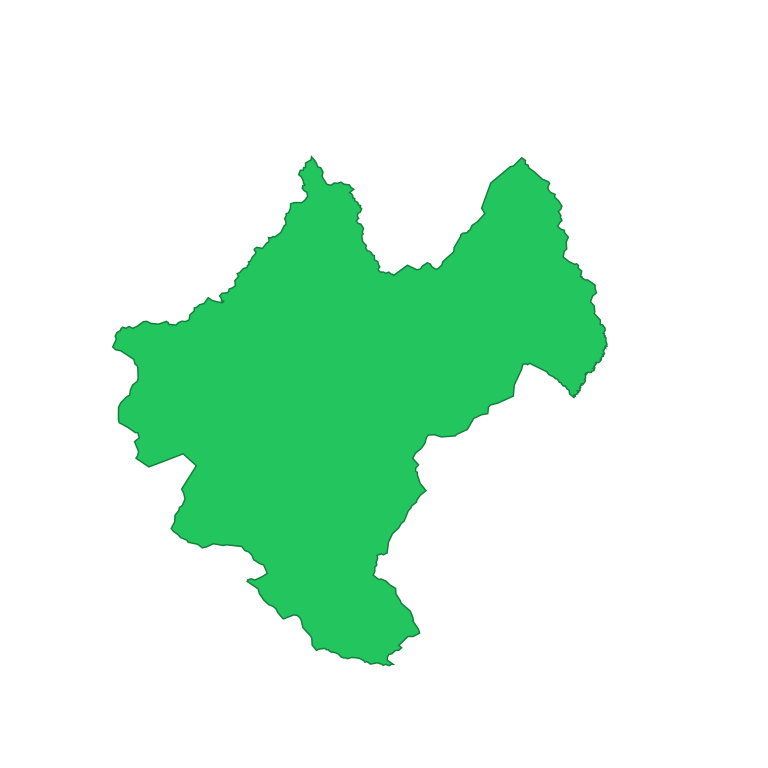 Sunyani West, Brong Ahafo, Ghana, rotated 320°
{"feature_id": "2480657B93462158202754", "entity_name": "Sunyani West", "entity_type": "district", "adm_level": 2, "iso_a3": "GHA", "parent_name": "Ghana", "parent_adm1": "Brong Ahafo", "projection": "orthographic", "projection_center": [-2.305, 7.424], "detail": "fine", "context": "isolated", "style": "filled", "palette": "green", "viewbox_px": 768, "rotation_deg": 320, "n_neighbors": 0, "source": "geoboundaries", "source_scale": "gbopen_adm2", "svg_char_len": 6171}
<svg xmlns="http://www.w3.org/2000/svg" viewBox="0 0 768 768"><g transform="rotate(320 384 384)"><path d="M474.5,163.4L472.2,165.4L465.9,164.3L463.1,167.6L461.5,166.6L459.6,168.3L457.3,166.5L453.2,168.8L453.8,172.2L452.8,176.4L451.3,178.7L451.7,180.2L451.1,180.8L449.3,179.9L447.1,181.6L447.1,184.8L448.1,187.3L446.3,191.1L441.4,192.4L437.6,192.2L432.0,187.4L428.3,185.9L425.2,189.3L420.8,191.6L418.5,190.6L417.4,192.2L414.0,193.6L413.3,196.4L411.5,198.7L409.3,198.6L402.2,201.7L394.7,201.2L393.9,199.7L391.4,199.4L389.7,197.6L388.4,200.1L386.7,201.0L384.6,200.6L378.1,202.0L374.2,197.4L371.6,197.3L370.7,197.9L370.8,200.5L369.2,201.7L364.9,202.1L360.8,203.9L358.5,203.4L357.8,205.6L355.6,205.5L354.0,206.7L350.6,205.2L344.8,205.9L342.5,205.1L341.6,208.2L336.2,208.9L333.4,213.2L329.7,212.9L326.4,211.7L324.4,213.3L322.6,213.4L318.3,210.4L314.6,210.8L314.5,213.8L312.8,216.0L314.4,217.4L313.9,218.0L312.0,217.6L308.1,212.6L305.9,209.1L304.8,204.9L297.9,206.7L293.5,204.7L289.9,204.9L287.6,203.8L285.5,206.1L280.0,206.2L275.9,209.6L272.1,208.6L269.5,205.9L265.9,204.9L262.6,205.2L257.4,199.9L258.2,198.2L257.5,196.1L249.9,193.3L244.5,187.9L242.5,183.5L239.8,181.6L231.9,181.1L227.3,179.8L225.6,176.1L222.2,175.5L220.3,172.5L218.3,172.5L216.4,173.7L212.6,172.9L208.9,174.5L207.9,177.5L200.0,181.2L200.3,185.0L203.7,189.4L208.2,204.3L206.1,208.6L206.7,211.2L206.2,212.9L199.2,221.7L196.6,223.4L190.9,223.2L185.8,225.6L182.0,229.1L178.3,228.4L170.1,229.2L165.7,231.2L157.9,240.3L156.3,243.5L159.8,252.3L162.3,261.5L164.1,263.0L162.0,267.9L155.8,267.8L152.7,277.8L149.5,280.4L146.3,281.5L150.6,296.4L185.3,308.4L187.7,326.0L161.5,334.4L160.2,339.3L157.6,344.3L151.3,347.4L148.0,347.1L145.5,349.0L139.5,350.2L135.1,355.0L128.0,358.0L128.0,362.0L129.4,366.8L129.4,370.7L132.6,376.9L132.3,379.4L138.3,387.1L139.5,392.7L143.3,394.7L150.6,396.7L157.2,404.5L160.0,405.9L170.6,417.1L170.4,422.2L172.5,425.8L172.8,430.3L171.2,434.8L173.3,441.5L175.5,445.3L172.9,454.0L167.2,453.4L158.8,451.1L157.1,447.9L153.7,446.5L152.3,447.2L155.9,460.0L153.8,464.6L153.0,472.3L153.9,479.1L156.1,482.9L156.7,486.8L155.7,491.0L155.7,498.6L156.0,499.3L166.4,502.9L168.7,505.3L169.3,508.4L169.0,511.1L165.3,518.5L165.8,530.4L165.1,532.6L161.1,537.9L161.1,544.7L163.3,545.1L168.8,548.5L169.1,550.6L170.8,551.8L170.5,553.0L171.3,555.6L173.4,557.5L175.4,561.4L175.8,565.9L177.0,567.9L178.8,569.4L179.5,571.0L183.4,572.7L186.4,575.5L188.8,578.4L190.8,583.0L190.6,584.9L192.5,585.7L193.6,589.9L199.6,593.2L202.5,597.7L202.4,598.8L205.2,600.0L207.0,603.2L209.3,603.4L210.8,604.6L209.0,597.6L211.3,595.2L213.7,594.3L216.8,595.7L221.6,595.5L224.1,597.5L227.9,597.4L227.3,593.7L240.0,592.8L244.1,596.2L251.2,597.7L252.8,593.9L253.8,583.8L254.6,584.0L256.0,581.4L258.2,575.0L256.2,562.6L257.1,561.0L258.2,552.5L261.5,548.0L259.3,541.5L258.9,536.6L256.6,531.7L254.2,530.2L252.9,523.5L256.5,521.7L259.1,518.5L262.0,518.1L263.6,515.3L266.9,513.7L268.5,510.8L273.0,512.5L273.7,514.4L277.8,515.4L285.7,508.1L294.3,504.1L302.4,503.8L307.6,501.9L311.3,502.0L321.0,496.8L325.3,496.1L326.3,495.2L332.9,495.4L334.9,493.9L340.5,492.5L347.6,492.7L347.8,483.4L350.9,475.5L352.7,473.1L352.1,471.1L354.2,468.8L358.5,468.1L358.2,459.4L363.8,457.2L371.4,457.3L377.2,455.7L382.3,452.2L385.2,451.6L390.1,455.4L393.9,461.4L405.3,469.6L407.3,469.3L418.7,472.4L430.6,468.0L438.9,470.2L444.4,473.4L449.2,468.9L452.1,468.5L458.9,471.8L475.3,476.4L483.0,468.6L498.7,461.3L503.0,458.2L505.8,459.8L506.4,461.5L508.9,461.8L516.6,479.4L516.3,482.7L518.7,488.1L518.7,490.1L520.1,491.7L519.4,495.3L520.3,496.5L519.9,500.5L521.6,502.2L521.0,505.5L521.8,507.6L519.8,510.9L520.8,516.4L522.2,515.9L521.5,515.4L522.6,514.7L522.9,515.9L523.2,515.3L526.3,515.8L527.4,514.6L527.9,515.3L528.6,514.9L528.2,513.8L530.0,515.0L531.0,513.3L532.2,513.4L532.0,512.2L533.0,511.6L534.5,512.2L534.7,510.7L536.2,511.2L536.3,512.2L539.5,511.4L540.7,510.5L540.3,509.6L542.2,509.1L544.5,505.9L544.7,506.8L546.0,506.6L545.7,505.7L547.7,506.1L550.1,508.4L551.2,507.8L553.5,508.7L555.4,507.3L554.9,506.8L555.9,507.0L555.9,505.5L557.3,505.6L559.9,503.9L559.9,504.7L560.7,504.2L562.0,505.5L564.2,505.5L565.7,505.2L565.8,504.2L566.9,505.0L566.4,504.1L568.5,503.2L569.8,503.7L570.5,502.0L570.9,502.9L572.3,502.5L573.7,499.0L574.8,499.3L577.1,497.8L577.1,498.7L578.1,497.5L579.1,498.3L579.3,497.3L580.3,497.0L581.5,493.8L583.8,491.1L583.4,489.6L584.3,489.4L584.0,488.4L585.2,487.1L584.6,486.0L587.7,485.2L589.2,483.3L589.5,479.3L587.9,477.5L590.8,474.1L590.4,465.1L591.9,464.2L595.3,459.0L595.0,453.8L600.3,450.7L605.3,450.8L607.1,446.5L609.3,443.9L607.0,435.3L605.2,433.8L604.1,430.9L604.5,429.0L603.6,428.2L608.1,424.5L607.1,420.1L609.2,418.2L608.7,415.6L607.1,415.1L604.4,409.4L602.9,401.9L607.6,398.1L610.7,398.1L614.8,392.4L619.6,390.0L619.6,384.1L621.0,382.2L619.0,379.1L618.4,374.8L623.4,373.1L625.3,373.2L626.4,369.6L627.8,368.6L628.4,364.0L631.8,363.7L634.6,362.1L635.5,355.8L634.7,350.6L637.0,348.7L634.7,344.4L634.8,340.6L636.3,338.4L639.9,336.7L640.0,334.8L636.9,328.8L635.5,317.8L633.8,311.6L635.0,309.0L633.6,306.1L636.0,303.7L634.9,299.2L623.3,300.2L620.2,298.7L594.9,298.7L571.8,312.1L570.7,318.3L559.9,319.8L553.4,319.1L548.8,321.3L547.0,320.9L544.8,321.5L541.3,319.1L538.6,319.1L537.7,320.2L525.4,324.6L522.5,327.6L507.6,328.1L504.8,330.1L499.4,330.3L497.5,329.6L496.0,324.8L496.6,322.0L495.1,319.0L489.0,318.3L485.9,319.4L482.7,317.8L478.3,308.1L461.0,307.0L461.3,305.8L460.1,304.5L459.6,301.4L456.4,300.3L455.6,298.0L453.2,296.0L452.9,293.1L453.5,292.2L456.1,291.6L456.4,289.1L457.9,286.2L456.5,282.9L459.1,279.4L458.2,277.7L458.7,275.6L458.1,272.7L456.9,271.4L457.3,268.2L459.5,266.5L459.1,261.5L462.4,255.8L464.5,255.7L465.0,253.7L468.3,251.7L469.0,246.7L467.3,244.2L467.7,241.3L471.2,240.7L471.3,238.4L473.7,236.5L476.2,237.1L479.6,235.3L479.2,233.3L480.8,232.2L479.5,230.6L480.6,228.0L479.3,224.7L480.8,223.1L479.8,221.1L481.1,219.7L481.4,217.6L480.7,215.3L486.0,215.4L485.0,211.9L485.5,209.2L481.9,205.4L480.8,201.8L477.1,200.2L475.1,198.0L471.4,197.8L468.6,194.5L469.7,186.4L470.5,184.7L473.4,182.6L474.3,179.0L474.5,177.5L472.8,175.3L474.4,170.4L473.8,169.1L474.7,168.4L474.5,163.4Z" fill="#22c55e" stroke="#15803d" stroke-width="1.5"/></g></svg>